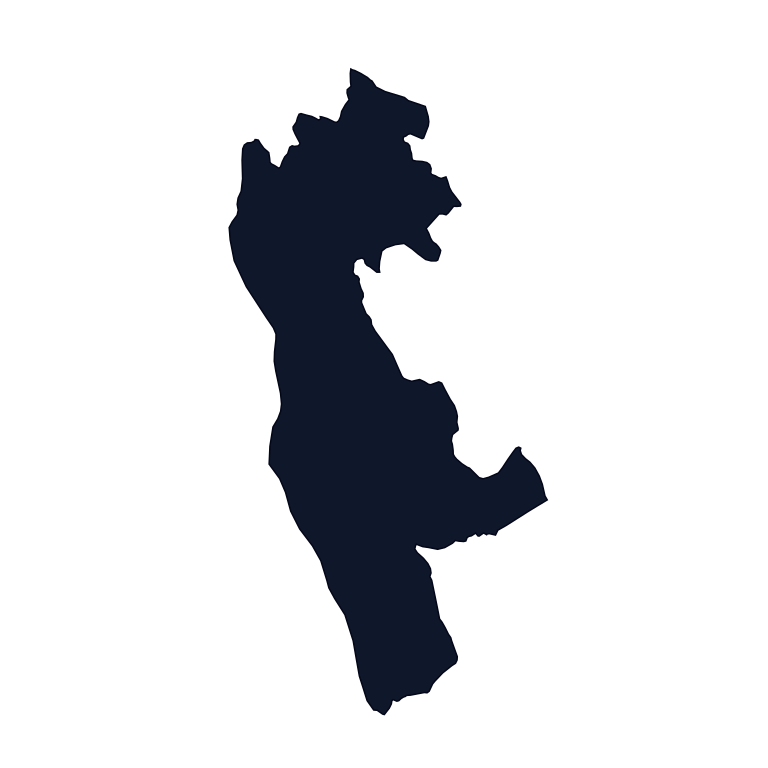 Republic of the Congo, Equal Earth projection, rotated 148°
{"feature_id": "COG", "entity_name": "Republic of the Congo", "entity_type": "country or territory", "adm_level": 0, "iso_a3": "COG", "parent_name": "Africa", "parent_adm1": "", "projection": "equal_earth", "projection_center": [14.374, -0.658], "detail": "fine", "context": "isolated", "style": "filled", "palette": "ink", "viewbox_px": 768, "rotation_deg": 148, "n_neighbors": 0, "source": "natural_earth", "source_scale": "50m", "svg_char_len": 4045}
<svg xmlns="http://www.w3.org/2000/svg" viewBox="0 0 768 768"><g transform="rotate(148 384 384)"><path d="M201.9,597.5L204.8,587.4L207.0,582.7L209.6,579.5L220.1,571.6L221.7,571.9L228.9,582.2L231.2,583.0L233.8,582.7L236.8,583.1L238.3,581.1L238.6,578.4L236.4,575.5L236.0,572.3L237.6,568.8L238.5,565.0L240.7,560.5L241.0,558.4L238.6,556.0L233.7,552.5L230.3,549.1L229.0,545.8L229.9,541.6L232.6,538.2L232.5,536.4L230.1,533.3L228.4,530.1L226.6,528.0L221.7,526.8L222.6,522.4L224.4,515.9L224.8,511.0L223.5,498.0L223.6,495.6L224.9,494.4L227.9,495.9L230.8,497.8L238.9,495.0L241.7,494.6L244.0,497.1L247.2,499.0L265.8,493.6L266.2,488.1L267.2,483.1L267.4,479.3L266.6,476.9L265.7,475.1L265.1,471.3L265.1,467.3L266.9,465.4L272.8,460.6L274.7,460.8L278.8,463.4L282.7,467.5L286.1,476.1L288.5,483.5L292.4,492.5L300.5,496.2L310.1,498.5L315.4,497.9L322.8,490.2L327.1,484.3L328.4,481.1L330.9,482.7L333.7,490.6L335.5,493.6L335.9,496.5L334.7,500.1L335.9,502.5L341.1,504.1L345.6,502.6L347.7,499.4L351.1,495.2L351.1,491.7L349.3,489.4L349.3,486.2L351.2,483.8L353.0,477.0L353.6,472.1L355.4,468.9L358.8,466.8L360.0,464.8L362.0,453.1L361.0,448.8L361.0,445.3L363.1,440.9L363.5,433.5L362.6,421.5L362.0,413.3L361.3,404.6L363.0,393.3L364.7,381.4L364.4,378.5L362.0,374.9L359.1,371.6L351.4,368.9L348.6,364.6L346.4,360.1L344.7,358.6L336.4,356.8L334.6,354.2L335.3,346.9L336.0,336.0L335.8,328.4L337.2,322.3L338.9,317.7L342.6,312.9L344.6,307.1L345.6,305.7L352.6,304.8L355.1,302.4L357.1,300.0L358.0,296.7L360.4,291.4L362.5,287.7L362.7,285.2L362.3,281.8L360.2,275.1L357.6,269.4L356.1,267.4L353.0,254.2L350.2,251.1L344.6,249.4L334.1,247.9L327.8,250.3L318.2,254.7L310.8,257.8L306.1,259.6L303.2,259.1L302.0,257.1L303.8,255.3L304.8,251.3L303.6,245.6L301.7,240.3L300.6,232.9L301.1,223.7L302.9,215.0L306.8,203.8L307.0,199.2L318.7,199.4L330.3,199.5L343.0,199.4L355.3,199.3L364.9,199.7L369.5,196.8L373.9,201.2L376.1,202.2L376.8,201.8L378.5,204.9L383.9,204.6L384.8,205.3L385.3,209.0L390.3,208.9L392.8,209.8L394.9,209.7L397.8,207.5L399.9,208.2L403.7,211.0L406.5,213.5L410.3,212.7L419.2,213.1L426.1,215.4L432.9,221.8L437.4,225.6L441.5,231.0L443.0,230.1L444.5,228.6L445.3,227.9L445.2,223.2L442.9,215.2L442.0,208.4L442.5,202.8L444.3,198.8L447.2,196.4L447.5,192.6L447.6,192.1L450.9,183.2L454.2,174.3L458.1,163.9L461.4,155.3L461.0,151.1L461.3,144.8L462.0,137.7L461.8,133.5L462.7,130.6L465.0,120.1L466.3,114.0L468.3,111.2L471.3,109.3L475.8,109.2L487.3,107.9L498.1,105.1L501.7,103.9L508.5,99.5L511.1,99.3L513.3,101.0L526.4,106.1L530.0,108.0L531.3,107.7L533.3,108.2L536.3,108.2L539.3,107.6L541.2,108.2L543.6,111.6L545.2,111.2L547.3,108.8L551.3,106.3L558.9,103.5L560.1,104.8L562.7,110.9L565.5,113.0L566.1,124.4L562.4,138.6L559.7,149.3L552.6,166.9L546.2,182.6L539.4,209.0L539.5,228.2L538.8,240.3L536.5,247.7L531.2,267.6L530.4,284.7L532.3,305.7L530.5,325.6L524.9,344.3L522.6,359.1L523.9,376.9L513.7,391.7L500.9,406.4L492.5,410.7L486.1,415.6L481.5,421.3L480.0,424.3L476.6,431.1L468.9,452.3L465.0,461.5L459.7,469.4L452.0,479.1L449.1,483.6L448.0,490.3L448.5,502.4L449.2,539.5L447.9,550.2L445.7,567.9L438.1,587.7L432.4,598.7L426.7,602.0L419.1,605.0L415.5,608.7L413.3,614.2L409.2,619.0L403.0,623.1L395.1,633.1L385.7,649.1L379.2,658.3L375.8,660.7L372.2,660.9L368.5,659.0L365.4,658.7L363.8,659.6L362.8,658.9L361.3,657.4L361.4,653.7L361.0,647.6L359.1,641.3L361.3,636.2L363.2,632.4L362.9,630.4L361.0,627.2L358.8,622.6L356.8,622.9L352.4,626.4L347.9,629.2L343.7,630.3L340.3,633.2L338.5,634.7L335.7,634.7L334.1,633.0L330.6,631.4L328.7,631.9L327.6,632.7L327.2,638.5L326.8,643.4L326.1,648.0L324.9,650.2L319.6,652.5L316.1,655.7L313.0,657.8L311.1,657.3L307.3,653.1L303.5,649.2L301.4,645.9L300.2,643.6L299.5,642.5L297.1,642.4L296.4,644.5L295.2,643.5L291.4,639.1L287.0,632.1L285.4,631.0L283.0,631.2L279.2,633.7L275.4,637.7L268.6,641.4L262.9,643.5L262.4,646.0L261.1,650.4L259.2,653.1L254.2,653.9L252.4,657.8L248.0,665.3L245.2,668.7L244.4,667.2L242.7,665.4L239.1,659.6L235.5,652.4L234.6,649.1L233.6,647.3L233.4,640.0L228.1,631.4L214.8,616.1L213.3,611.5L201.9,597.5Z" fill="#0f172a" stroke="#020617" stroke-width="1.5"/></g></svg>